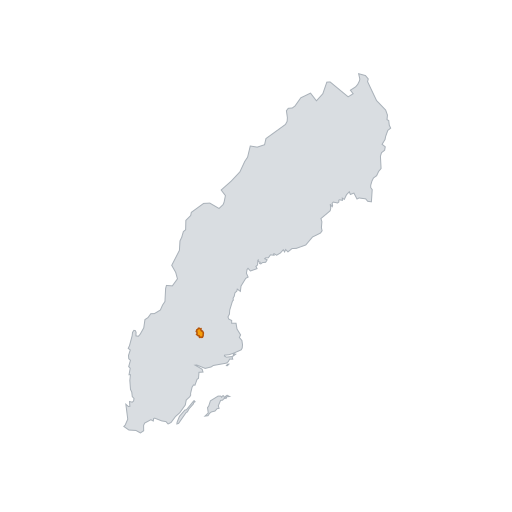 location of Skinnskatteberg, Västmanland, Sweden, rotated 20°
{"feature_id": "70781695B12351867111175", "entity_name": "Skinnskatteberg", "entity_type": "district", "adm_level": 2, "iso_a3": "SWE", "parent_name": "Sweden", "parent_adm1": "Västmanland", "projection": "mercator", "projection_center": [15.738, 59.815], "detail": "fine", "context": "in_parent", "style": "filled", "palette": "amber", "viewbox_px": 512, "rotation_deg": 20, "n_neighbors": 0, "source": "geoboundaries", "source_scale": "gbopen_adm2", "svg_char_len": 4411}
<svg xmlns="http://www.w3.org/2000/svg" viewBox="0 0 512 512"><g transform="rotate(20 256 256)"><path d="M169.4,368.7L170.5,372.1L172.9,371.7L173.9,369.2L175.1,361.9L173.4,353.7L175.6,350.8L176.9,346.2L180.2,344.9L184.6,339.5L185.0,334.0L186.0,329.9L182.2,317.5L181.9,314.3L187.6,312.7L190.0,304.3L186.1,298.8L180.0,293.6L182.1,276.9L179.4,267.8L179.8,263.9L179.4,257.9L180.9,255.4L177.9,246.5L180.8,240.3L180.3,237.1L188.8,224.5L194.5,222.1L205.0,224.0L207.5,219.0L207.6,216.2L206.6,209.7L200.7,205.9L207.1,194.1L212.1,182.4L213.1,170.9L214.3,166.0L213.0,154.6L219.9,153.3L226.0,148.5L225.2,142.2L238.7,122.3L239.2,118.8L238.2,115.3L234.9,109.1L235.8,106.2L239.5,104.5L241.3,101.8L244.0,92.0L251.5,84.3L259.7,89.5L263.3,80.7L263.1,68.4L266.1,67.1L288.1,74.9L291.8,70.3L288.0,67.9L291.8,62.9L292.9,59.9L293.3,56.2L293.1,54.3L290.1,49.6L297.1,49.0L300.9,51.2L301.2,54.0L316.1,68.7L327.9,74.5L331.3,78.6L332.5,83.1L334.4,83.3L336.5,87.5L338.8,89.8L336.9,92.8L336.9,99.3L337.4,102.3L336.3,107.9L340.1,109.2L340.7,112.6L338.6,116.0L338.8,119.7L343.6,131.0L342.3,134.6L341.9,139.2L339.7,142.5L339.3,145.9L339.6,150.3L340.4,152.5L342.5,153.9L345.9,165.6L342.3,166.4L339.5,164.8L333.0,166.2L331.4,167.9L326.5,163.4L323.6,165.9L321.7,163.7L320.1,167.4L319.6,172.6L317.3,172.1L318.2,174.1L315.0,174.7L314.8,175.5L315.4,176.8L314.5,178.3L310.1,178.9L309.5,180.5L310.8,182.5L310.7,183.7L308.0,181.9L309.9,185.5L310.2,188.2L304.2,198.6L306.2,201.3L307.8,207.1L309.5,209.7L308.7,212.4L302.6,218.8L299.0,228.6L291.3,235.0L287.3,236.7L284.6,241.2L281.6,239.8L281.5,242.4L279.5,240.8L277.9,244.8L275.1,248.2L272.1,247.6L271.8,248.2L272.7,249.1L269.2,250.0L268.2,253.5L265.6,254.5L265.1,255.6L267.8,255.8L267.2,258.6L264.3,260.0L263.2,261.8L261.9,261.8L262.1,260.4L260.1,260.5L259.5,258.9L259.2,259.3L260.5,263.9L259.5,265.8L261.3,267.5L255.9,272.0L252.7,270.3L252.2,271.7L252.9,275.5L255.8,278.5L254.0,280.5L252.2,289.3L253.4,294.6L249.7,293.5L250.0,295.5L248.8,297.8L249.3,301.2L248.9,303.4L249.8,305.4L249.3,306.4L249.8,315.8L250.9,319.7L250.5,322.9L252.0,324.6L255.2,324.9L256.1,327.5L260.2,326.0L263.1,331.1L268.5,335.4L268.2,338.2L271.7,340.3L273.7,344.1L274.5,347.2L274.2,349.2L268.8,354.4L264.6,357.9L260.3,360.0L260.5,360.8L262.7,361.2L267.9,358.7L269.4,360.9L266.5,361.9L266.0,364.9L264.8,366.8L253.3,373.5L251.8,375.6L246.7,379.0L237.5,378.7L236.1,379.4L244.1,380.8L245.9,383.2L242.2,384.8L243.8,390.6L242.8,392.0L242.8,398.3L241.4,398.5L240.8,401.1L241.5,407.4L242.2,409.1L241.9,410.9L239.7,415.2L240.5,420.2L238.0,429.3L235.2,434.5L233.1,441.5L230.8,443.9L228.0,442.4L223.9,443.2L216.3,443.0L215.4,443.7L215.9,446.2L213.2,445.8L208.5,451.1L208.3,453.6L210.2,458.6L207.9,461.8L202.8,461.0L196.1,463.0L190.1,461.4L190.9,459.7L191.3,453.2L184.4,439.8L187.6,441.1L188.9,440.4L186.9,436.0L189.7,435.7L190.6,434.1L190.1,431.6L187.8,430.4L185.8,426.4L183.7,424.3L180.0,416.1L178.6,410.5L177.3,411.0L176.2,404.5L174.2,403.5L173.7,396.9L171.6,396.1L170.2,393.1L170.0,387.3L167.5,386.5L167.8,383.7L166.9,373.3L166.1,370.0L166.7,367.6L168.1,367.4L169.4,368.7ZM275.7,400.5L274.6,401.1L273.9,402.9L272.1,403.8L271.8,409.6L273.4,411.8L271.7,412.7L270.5,415.7L267.4,417.8L266.2,419.7L265.5,422.5L262.8,423.9L264.8,419.8L262.3,415.0L262.9,413.3L262.7,407.7L268.3,400.6L270.8,399.7L272.0,400.5L272.5,398.8L273.3,398.4L275.7,400.5ZM240.5,439.8L239.1,440.9L238.7,439.3L238.9,432.8L241.9,425.0L243.2,424.4L246.9,413.8L247.3,413.1L248.6,413.8L247.7,414.8L247.7,416.6L245.4,422.3L244.8,426.0L243.9,426.9L240.5,439.8ZM276.8,398.2L276.6,399.8L275.2,398.5L276.5,396.7L279.2,397.1L276.8,398.2ZM270.5,355.2L268.7,357.9L268.4,356.8L268.7,355.5L270.5,355.2ZM266.6,368.9L265.7,369.1L266.3,367.3L267.5,366.9L266.6,368.9Z" fill="#d9dde1" stroke="#a8b0b8" stroke-width="1"/><path d="M225.6,345.6L225.8,346.7L225.6,347.1L225.7,347.4L226.2,347.5L226.6,347.7L226.7,348.1L226.9,348.7L227.2,349.2L227.2,349.9L227.1,350.1L227.9,350.3L228.4,350.5L228.9,350.7L229.4,350.5L229.9,350.5L230.2,351.0L230.4,351.5L230.9,351.8L231.5,351.5L231.8,351.1L232.8,351.1L233.4,350.7L233.3,350.3L233.6,349.9L233.5,348.6L233.3,348.1L233.1,347.5L233.0,346.7L232.7,346.3L232.7,346.0L232.3,345.7L231.8,345.2L231.4,344.9L230.8,344.8L230.4,345.1L230.1,344.9L229.9,344.5L229.6,344.4L229.3,344.0L229.2,343.4L229.1,343.5L228.7,343.6L228.0,343.3L227.1,343.3L226.6,343.6L226.5,344.4L226.2,344.9L225.9,345.3L225.6,345.6Z" fill="#f59e0b" stroke="#b45309" stroke-width="1.5"/></g></svg>